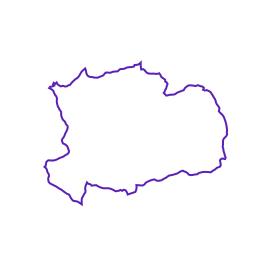 outline of Lençóis Paulista, São Paulo, Brazil, rotated 249°
{"feature_id": "56859067B81397849661237", "entity_name": "Lençóis Paulista", "entity_type": "district", "adm_level": 2, "iso_a3": "BRA", "parent_name": "Brazil", "parent_adm1": "São Paulo", "projection": "orthographic", "projection_center": [-48.82, -22.668], "detail": "fine", "context": "isolated", "style": "outline", "palette": "violet", "viewbox_px": 256, "rotation_deg": 249, "n_neighbors": 0, "source": "geoboundaries", "source_scale": "gbopen_adm2", "svg_char_len": 3588}
<svg xmlns="http://www.w3.org/2000/svg" viewBox="0 0 256 256"><g transform="rotate(249 128 128)"><path d="M73.3,57.5L75.4,58.2L77.0,58.8L78.8,59.7L80.5,61.7L81.9,63.2L83.2,65.1L84.7,65.9L86.4,66.1L87.9,66.9L89.4,67.8L90.5,69.0L91.9,70.2L90.2,70.9L88.9,72.7L87.2,73.4L86.5,76.3L86.0,77.9L84.7,78.8L82.3,81.1L80.5,83.6L79.0,87.6L77.7,89.8L75.6,92.0L73.4,93.7L73.1,95.1L72.7,97.1L72.9,98.7L71.4,100.1L71.9,101.8L70.7,103.4L68.1,104.0L66.0,103.9L65.7,112.0L67.3,113.5L69.4,114.7L71.7,115.4L69.1,120.9L69.3,122.9L70.3,124.5L70.8,126.2L71.0,129.9L70.9,132.3L70.4,134.5L68.9,135.5L67.9,137.2L67.5,138.8L67.2,140.6L67.6,142.4L67.8,144.0L67.9,145.6L68.5,147.5L68.9,149.5L68.4,151.8L68.1,154.5L68.0,156.3L67.9,158.2L68.5,160.5L68.6,162.2L68.6,163.8L67.4,164.8L66.4,166.1L64.4,167.5L62.7,168.0L61.6,169.5L61.1,171.1L60.7,173.4L60.0,176.2L60.6,178.1L60.1,182.2L59.1,185.0L57.0,189.4L57.7,192.0L58.2,194.8L59.0,196.7L58.9,199.9L60.2,201.4L62.9,201.9L64.9,202.3L65.7,203.7L65.7,205.2L64.2,207.5L65.5,208.6L67.3,208.5L69.4,208.8L71.2,208.9L73.0,209.1L74.8,209.6L76.5,209.6L78.1,210.6L80.2,211.4L82.4,212.3L83.8,213.7L84.7,215.8L85.5,217.2L86.6,218.3L88.7,218.7L89.9,219.5L91.2,220.0L92.6,220.2L94.5,220.7L96.9,221.1L100.0,221.4L102.6,221.4L104.2,221.4L106.1,220.9L108.0,220.1L109.4,219.4L111.1,218.8L112.4,219.8L114.2,220.5L116.4,220.0L118.3,219.4L120.4,219.3L122.4,219.6L124.1,219.5L125.5,219.1L127.4,218.9L129.6,218.4L132.1,217.9L133.8,216.5L135.1,215.1L135.4,213.4L136.8,211.8L138.3,213.2L140.1,212.3L140.8,211.0L141.8,209.8L143.0,208.5L142.9,206.1L143.9,204.6L144.9,202.8L146.0,200.1L145.9,198.5L145.3,196.6L144.7,195.2L143.3,193.5L143.4,191.9L143.4,188.6L143.3,186.2L142.7,184.1L142.9,182.6L143.4,180.7L144.1,178.9L144.2,177.0L144.5,175.4L146.0,174.8L147.9,173.9L148.7,175.1L150.3,176.5L151.2,177.8L153.1,179.1L154.9,180.7L156.9,180.4L158.0,179.4L159.7,180.0L160.9,179.3L162.3,178.3L163.7,177.4L166.0,177.3L167.9,176.7L168.0,175.0L168.6,173.3L169.6,171.4L170.5,168.9L171.3,167.0L172.7,165.5L174.9,164.5L176.3,164.2L177.5,163.2L177.9,161.3L181.8,162.2L184.5,163.3L183.8,161.6L183.6,160.0L183.9,158.4L184.5,156.7L183.3,155.7L183.6,153.2L184.4,150.7L184.9,148.4L184.6,146.2L185.1,143.8L185.8,141.8L184.6,138.6L185.5,135.8L185.9,134.2L185.9,131.2L187.1,128.8L187.7,126.8L186.8,125.3L185.9,123.4L185.9,121.0L185.9,117.6L186.9,115.1L188.6,112.4L189.6,110.4L191.1,109.2L192.4,108.8L194.2,108.8L197.5,109.4L199.0,109.3L197.3,105.0L196.2,103.6L193.9,100.7L192.9,98.9L192.4,96.4L191.7,94.5L190.4,91.6L189.1,89.4L189.2,87.6L188.8,85.9L189.3,84.1L190.7,82.4L191.0,80.1L192.6,78.8L194.1,77.9L196.1,77.7L195.3,75.9L196.8,74.8L195.5,73.6L194.0,74.2L193.9,72.1L194.4,70.1L193.5,68.7L192.4,69.8L190.9,70.9L189.5,71.6L187.1,71.6L184.9,71.8L183.6,72.3L181.5,72.4L178.2,71.0L176.8,70.6L174.9,70.4L173.0,70.2L171.2,70.7L169.8,70.6L168.3,71.1L166.8,71.3L163.5,70.1L161.4,70.0L159.2,70.2L157.9,70.7L156.4,71.5L154.2,71.4L151.6,72.3L150.0,71.9L148.6,70.9L146.8,69.2L145.6,67.7L144.2,66.5L142.8,65.1L141.2,62.6L139.9,61.7L137.0,61.7L135.0,63.6L132.8,64.8L129.4,64.7L127.9,64.7L126.4,64.0L125.4,62.3L125.1,59.8L124.5,57.5L124.4,55.7L124.5,53.9L124.3,51.8L124.1,50.2L124.2,47.5L124.9,45.3L125.7,43.6L126.4,42.0L125.8,40.0L124.5,38.9L122.3,37.7L121.6,36.1L120.2,36.9L118.6,37.3L117.3,37.1L115.4,37.0L113.4,37.5L111.4,37.0L110.0,35.7L108.3,35.0L105.8,34.6L103.8,35.7L101.8,37.5L99.9,39.3L98.8,40.2L97.1,41.4L95.9,42.2L94.5,43.6L91.5,45.4L90.3,46.2L89.0,47.0L88.0,48.0L86.8,49.2L84.9,49.4L83.2,49.6L81.4,50.0L79.5,50.9L78.5,52.8L77.7,54.1L76.5,55.3L74.7,56.5L73.3,57.5Z" fill="none" stroke="#5b21b6" stroke-width="2"/></g></svg>